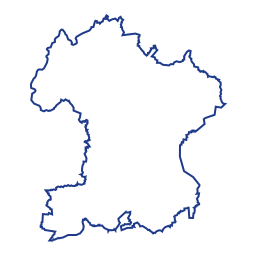 outline of Tepatitlán de Morelos, Jalisco, Mexico
{"feature_id": "50627088B2236724736063", "entity_name": "Tepatitlán de Morelos", "entity_type": "district", "adm_level": 2, "iso_a3": "MEX", "parent_name": "Mexico", "parent_adm1": "Jalisco", "projection": "natural_earth1", "projection_center": [-102.733, 20.817], "detail": "fine", "context": "isolated", "style": "outline", "palette": "blue", "viewbox_px": 256, "rotation_deg": 0, "n_neighbors": 0, "source": "geoboundaries", "source_scale": "gbopen_adm2", "svg_char_len": 5694}
<svg xmlns="http://www.w3.org/2000/svg" viewBox="0 0 256 256"><path d="M46.4,205.0L46.5,205.6L50.1,208.1L50.3,209.2L51.7,209.3L52.1,214.4L48.8,213.0L48.2,214.5L42.9,214.1L42.4,222.1L41.5,222.4L41.6,224.2L40.6,225.6L40.7,227.0L42.0,226.7L42.4,228.6L44.2,228.7L44.9,230.0L55.2,231.6L54.5,232.8L54.5,234.1L52.6,235.7L52.3,237.3L51.9,237.2L49.5,240.5L52.5,240.6L53.7,239.4L54.5,239.7L58.5,237.9L58.9,238.3L63.2,237.4L68.2,235.0L76.2,235.0L80.2,233.3L83.2,229.4L83.7,226.2L82.6,222.4L82.9,219.7L84.2,219.9L84.6,218.8L85.3,218.5L86.0,218.8L85.6,219.5L87.5,220.4L88.6,222.2L90.1,223.2L90.3,224.6L92.1,225.5L92.8,225.3L93.2,226.1L94.3,225.5L94.7,226.2L97.7,225.7L98.3,224.9L98.9,225.4L99.6,224.9L100.0,225.7L102.1,225.5L104.4,228.1L108.1,229.8L108.3,231.2L109.1,229.9L110.8,230.3L114.1,230.0L114.3,229.3L115.4,230.5L115.4,229.5L118.3,225.7L119.9,222.7L118.8,221.1L118.4,218.7L125.9,211.9L126.1,212.4L128.3,212.5L130.3,211.9L130.1,214.3L128.1,217.9L128.3,218.7L130.0,219.9L129.2,221.0L131.1,222.3L131.0,222.9L129.7,224.5L128.2,223.9L126.7,224.4L124.7,224.1L123.9,225.3L122.5,225.3L120.9,226.3L121.6,230.2L127.4,227.9L132.2,227.8L132.5,225.8L133.5,225.8L133.4,226.6L134.2,226.8L133.9,226.3L134.0,223.9L137.3,222.5L139.4,224.6L140.1,226.4L142.5,226.0L146.8,228.7L148.1,230.1L149.5,229.8L150.3,231.2L151.4,231.6L153.1,233.4L154.0,232.7L155.1,233.0L156.4,231.4L159.2,230.3L161.0,230.6L162.2,231.5L163.1,229.3L165.1,227.2L168.3,225.9L170.0,227.1L170.5,225.2L172.0,225.6L172.3,222.7L175.3,222.3L175.6,221.5L174.9,220.2L174.7,217.3L174.2,216.7L175.0,215.7L177.0,215.1L178.1,213.0L179.3,213.2L179.4,211.9L180.4,211.8L180.7,210.9L181.8,211.4L184.5,210.2L184.4,208.5L187.5,208.2L188.0,207.6L188.6,207.7L189.3,217.9L193.0,218.0L193.5,213.3L194.2,213.1L194.6,211.7L194.8,209.0L194.3,208.2L194.7,207.7L194.3,207.5L195.7,206.8L195.5,206.2L195.9,205.7L197.3,205.6L197.4,204.8L199.1,204.4L199.1,203.5L197.6,202.2L197.9,201.3L196.9,198.7L198.5,196.5L199.0,193.4L196.8,193.7L197.6,192.5L197.4,188.7L199.2,186.3L199.5,185.0L193.1,177.0L184.0,171.1L179.9,156.6L180.0,145.3L180.6,144.5L181.5,144.7L181.8,142.2L183.2,142.5L183.5,139.4L186.3,139.9L186.6,136.6L187.0,136.7L186.3,135.1L188.6,134.2L189.0,132.1L191.2,132.4L191.2,131.4L192.3,131.5L192.4,130.5L194.5,130.7L194.4,131.6L195.5,131.6L204.6,124.0L203.8,119.2L205.3,118.0L214.6,114.8L215.8,106.7L221.2,107.6L225.1,103.9L223.4,103.6L222.0,102.3L220.5,98.3L220.7,96.8L220.0,96.1L221.1,93.8L220.5,92.4L221.4,89.9L219.9,86.9L220.7,85.2L220.6,82.5L218.2,80.4L218.9,79.7L216.0,78.7L215.5,77.2L214.9,77.3L214.1,76.5L213.1,77.2L209.0,76.2L208.0,76.8L207.5,74.1L206.8,73.9L206.4,73.0L204.5,71.6L203.7,72.0L203.1,71.0L202.3,71.7L201.1,71.1L200.3,71.7L199.1,70.4L200.0,70.4L198.6,70.1L198.1,67.4L194.2,66.5L194.0,64.3L191.7,61.6L191.1,59.5L191.4,58.8L190.4,58.1L189.3,56.3L190.1,55.3L190.6,51.0L188.9,50.5L187.0,51.8L184.1,56.3L184.3,57.1L183.4,57.3L184.0,57.3L184.3,59.5L182.9,59.9L182.8,61.1L179.5,62.1L176.5,61.3L174.2,62.4L173.2,64.3L170.8,64.1L169.0,65.4L163.0,64.8L159.9,62.8L157.0,62.8L157.4,60.4L155.2,59.3L154.8,57.4L151.8,56.5L157.3,50.0L156.2,49.1L155.1,45.6L153.7,45.8L153.7,48.2L150.9,48.3L151.2,49.8L150.3,50.5L150.1,51.7L149.1,52.4L148.8,53.4L147.9,53.1L147.5,54.9L146.6,55.6L144.3,53.7L143.4,51.5L142.7,51.2L139.1,46.6L139.2,45.9L137.7,45.7L137.8,43.6L139.3,42.4L138.4,41.0L138.9,40.7L138.4,37.2L139.4,36.5L139.6,34.9L135.4,33.6L122.6,35.2L124.0,32.3L122.2,29.3L121.9,27.1L121.0,27.0L121.3,26.2L120.8,24.5L121.3,24.1L121.4,22.7L121.9,22.5L121.6,21.8L123.1,19.8L121.4,18.7L120.6,16.9L119.1,17.8L117.7,20.9L115.4,18.6L112.2,19.3L109.3,20.9L107.2,18.6L108.0,16.5L106.5,15.4L105.2,17.7L105.4,18.9L103.6,18.6L102.7,21.5L101.6,21.8L99.9,23.6L99.3,22.6L97.2,22.8L97.1,21.3L95.6,20.8L95.0,21.4L93.4,27.0L91.4,27.1L91.1,28.4L89.4,30.5L82.4,33.4L76.5,36.8L75.6,38.5L76.5,39.9L76.9,42.8L75.9,43.8L73.2,44.9L71.7,44.3L71.9,42.5L70.9,40.7L68.2,39.5L66.7,35.3L65.5,34.4L64.7,32.3L62.7,29.8L61.4,29.6L59.7,31.4L59.5,33.6L58.6,36.1L55.9,37.9L54.8,39.5L55.0,41.9L52.2,43.2L50.7,47.3L47.9,47.9L46.9,48.9L47.2,49.9L48.7,50.9L48.6,54.1L46.4,56.1L46.5,57.1L47.6,58.3L47.6,59.7L46.9,62.8L44.1,68.2L42.2,69.7L39.2,69.4L37.8,70.1L36.9,71.5L36.0,75.7L34.7,77.9L33.8,78.4L31.4,83.0L30.9,84.6L31.2,88.0L34.6,89.2L35.5,90.3L35.3,91.2L34.3,92.4L32.2,93.6L31.3,100.1L34.1,103.6L39.4,105.8L40.7,107.8L40.8,110.0L43.8,111.3L46.3,110.1L48.7,111.0L49.6,110.5L50.4,110.7L54.0,108.8L54.0,108.1L55.7,106.6L56.3,105.4L60.7,101.9L61.2,99.7L63.7,100.9L65.5,99.4L68.6,101.3L69.0,100.9L70.2,103.3L71.9,104.9L73.6,107.7L73.6,110.6L80.6,113.4L79.9,117.6L78.9,119.7L79.9,121.5L81.8,122.8L82.2,121.4L83.6,121.2L83.4,121.6L84.9,121.9L86.2,119.9L87.4,120.4L87.6,121.8L87.2,122.4L87.6,123.1L86.6,124.8L85.7,125.2L86.1,126.3L85.3,127.0L85.9,127.9L86.0,129.7L87.4,129.8L86.5,131.4L87.7,132.3L87.5,134.0L88.8,134.9L88.5,135.4L89.3,138.1L88.7,139.4L89.5,140.0L88.6,140.5L88.1,140.1L87.0,141.2L85.3,141.1L84.7,141.9L87.6,143.5L89.6,146.6L87.1,146.8L87.5,147.8L85.6,147.6L85.6,150.0L86.1,149.9L86.3,151.4L84.6,153.8L86.5,158.3L86.1,161.6L83.5,161.6L83.6,163.5L82.6,165.4L82.1,168.3L82.0,171.0L82.9,172.3L82.3,173.9L80.7,174.5L81.6,174.9L82.2,176.5L84.3,176.8L84.7,177.4L85.5,176.9L85.2,178.6L85.7,179.5L84.6,180.5L85.0,181.6L84.2,182.6L84.5,183.6L81.5,184.8L77.8,184.0L77.5,183.4L77.1,185.2L76.3,185.5L76.1,184.9L74.7,186.0L72.1,185.9L71.3,185.4L70.0,186.0L68.0,185.1L66.9,186.0L64.5,185.7L63.2,187.2L61.1,186.4L60.6,187.0L57.9,186.6L56.1,187.7L56.3,189.2L55.5,189.9L53.5,189.4L51.9,190.2L51.1,189.7L50.4,190.3L45.7,190.3L46.9,191.9L47.6,191.9L47.9,193.6L48.8,193.6L48.8,195.0L50.5,196.4L50.8,199.1L50.5,199.8L49.4,199.7L48.3,200.6L47.1,202.7L47.4,203.9L46.4,205.0Z" fill="none" stroke="#1e3a8a" stroke-width="2"/></svg>